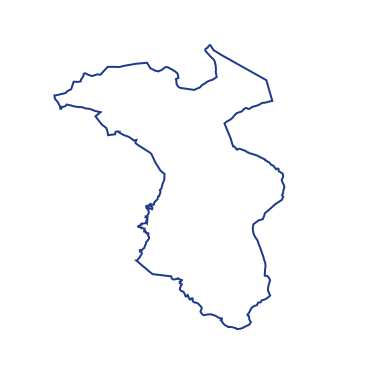 outline of Tudun Wada, Kano, Nigeria, rotated 253°
{"feature_id": "59680162B84327981884458", "entity_name": "Tudun Wada", "entity_type": "district", "adm_level": 2, "iso_a3": "NGA", "parent_name": "Nigeria", "parent_adm1": "Kano", "projection": "natural_earth1", "projection_center": [8.54, 11.305], "detail": "fine", "context": "isolated", "style": "outline", "palette": "blue", "viewbox_px": 384, "rotation_deg": 253, "n_neighbors": 0, "source": "geoboundaries", "source_scale": "gbopen_adm2", "svg_char_len": 5952}
<svg xmlns="http://www.w3.org/2000/svg" viewBox="0 0 384 384"><g transform="rotate(253 192 192)"><path d="M255.6,295.4L277.2,295.8L314.3,260.3L321.4,254.1L327.2,252.4L327.1,251.5L326.7,250.4L325.4,249.2L325.1,247.1L324.3,246.3L323.1,246.1L321.7,246.7L315.3,249.7L312.7,251.4L310.1,251.9L306.0,251.6L301.9,250.7L299.6,249.7L297.0,249.5L294.7,249.2L293.9,246.5L293.3,244.4L293.4,242.5L293.2,240.5L292.9,238.1L292.0,236.1L291.8,234.7L291.1,232.4L289.8,230.5L289.0,223.9L295.1,211.0L297.0,209.5L298.5,209.0L299.6,209.0L299.7,208.8L299.8,208.8L300.0,208.8L300.4,208.9L300.6,209.0L300.9,209.1L301.0,209.1L301.3,209.1L303.0,209.6L304.7,209.6L304.8,210.6L305.1,212.4L306.1,212.4L307.5,212.8L308.4,212.9L309.1,212.7L310.1,212.5L310.9,211.9L312.2,211.2L313.2,210.2L314.1,209.5L315.0,208.7L315.9,207.6L317.0,206.7L317.9,205.8L318.8,204.6L319.1,203.0L318.4,200.8L317.8,199.3L317.5,198.3L317.4,196.1L317.1,195.1L317.8,194.3L318.5,192.6L322.5,188.4L328.7,186.8L331.0,176.1L332.2,166.5L332.6,163.1L332.7,159.8L333.1,158.0L334.4,154.3L336.3,147.9L330.9,138.7L332.2,135.8L332.1,130.2L335.0,126.4L336.5,125.0L336.9,123.7L336.4,122.8L335.0,122.3L331.8,118.6L330.3,117.9L330.6,115.2L332.1,111.1L325.6,106.5L325.0,102.8L323.6,100.0L324.3,89.4L324.4,88.9L324.5,88.8L323.4,88.5L323.2,88.4L322.2,88.2L321.8,88.2L321.1,88.3L320.8,88.3L320.7,88.3L320.5,88.5L320.3,88.6L320.0,88.7L317.6,89.8L312.6,90.8L310.1,90.4L309.8,91.1L310.1,91.6L310.9,92.3L311.5,92.7L311.2,93.3L311.1,94.2L311.1,95.6L311.6,96.9L312.3,97.8L311.8,98.6L310.8,100.2L310.2,101.6L309.3,102.7L307.8,105.4L306.3,108.6L305.4,111.6L303.3,114.2L302.2,116.7L301.6,118.0L299.8,120.7L297.8,123.0L295.1,127.9L292.6,121.8L283.0,125.4L278.3,128.7L274.9,128.9L270.8,128.4L270.8,128.9L269.7,135.3L271.7,136.3L271.8,137.3L271.9,137.9L271.4,139.1L270.9,140.0L270.8,140.3L270.1,139.8L266.3,143.5L263.6,147.2L261.3,149.3L258.3,151.4L258.3,152.1L258.1,152.6L258.0,153.9L257.8,153.7L257.6,153.6L257.4,153.5L257.1,153.2L256.8,152.9L256.6,152.6L255.7,152.4L255.2,152.3L252.3,154.4L242.3,163.0L240.2,164.3L230.9,165.6L221.7,168.1L217.3,171.0L211.9,169.1L207.7,165.8L203.9,163.5L203.3,161.8L201.4,162.0L199.9,160.9L197.6,159.3L197.7,158.3L195.2,156.9L194.3,155.3L193.7,154.0L193.0,152.8L191.3,152.1L191.0,151.3L191.5,150.6L192.0,149.6L191.9,148.6L192.6,148.7L192.3,147.4L190.9,148.2L189.3,149.5L187.9,149.3L187.2,148.9L188.8,146.5L189.4,145.9L190.2,146.1L191.1,145.8L192.0,144.7L191.8,144.0L191.1,143.9L190.0,143.8L189.2,144.9L188.3,144.4L187.5,145.0L184.5,144.6L183.3,143.1L182.4,142.5L182.1,141.9L182.3,140.5L181.6,140.2L181.3,141.5L180.9,142.1L180.3,141.7L180.0,141.1L179.4,141.4L178.8,141.4L178.4,140.6L178.1,140.1L177.5,139.8L177.1,140.6L176.5,140.5L176.3,139.8L175.1,139.6L175.8,139.0L176.0,138.0L175.9,136.9L176.2,136.0L176.1,135.3L176.5,134.7L176.4,134.1L175.5,133.9L175.3,132.9L175.3,131.6L175.0,130.5L174.2,130.5L173.8,131.6L172.9,132.6L172.2,133.0L172.6,133.8L171.3,134.7L170.8,136.0L169.9,135.8L169.3,135.6L169.0,134.9L168.7,134.8L168.3,134.7L168.1,135.7L167.6,135.6L167.2,136.3L166.4,136.1L165.7,136.5L165.8,137.1L165.3,138.2L164.9,138.2L163.8,137.6L163.2,137.2L162.3,137.6L160.9,137.7L159.7,136.9L158.9,135.7L158.2,135.0L157.9,134.1L156.9,133.2L155.9,132.8L155.1,131.9L154.4,131.3L153.6,130.8L152.4,129.9L151.8,128.2L150.8,126.6L151.5,126.0L151.6,125.4L150.8,125.5L150.8,124.8L150.2,124.8L150.0,125.7L149.3,126.0L148.8,126.3L147.9,126.0L147.0,125.3L145.9,124.0L144.7,122.7L144.1,121.6L143.4,120.7L142.9,120.2L142.7,119.4L142.8,118.7L128.9,127.6L125.0,130.3L117.4,147.5L115.5,147.3L114.1,148.1L113.6,149.2L113.3,152.5L113.6,153.5L112.7,153.8L112.0,154.8L110.7,156.6L110.0,155.9L109.7,153.9L108.4,153.7L106.7,155.3L106.1,154.6L105.2,153.7L104.3,153.0L103.7,152.5L102.8,152.0L101.7,152.1L100.7,152.6L100.1,153.4L99.3,154.4L98.3,154.9L96.5,155.2L94.6,155.3L93.9,155.5L93.9,156.4L94.5,157.0L94.8,157.8L94.4,157.9L93.8,157.9L93.1,158.0L91.9,157.8L91.0,158.1L90.6,158.7L89.9,158.7L90.0,159.2L90.3,160.1L90.1,161.4L89.1,161.4L88.5,160.8L87.5,160.8L86.5,161.3L85.4,162.4L84.9,163.8L83.8,165.0L82.5,165.7L81.0,166.5L78.8,167.5L77.5,167.1L76.4,166.2L75.3,165.2L74.2,165.2L73.3,165.6L72.1,166.1L71.2,166.7L70.7,167.6L70.3,171.3L69.4,174.6L67.0,178.0L64.2,180.6L62.7,182.5L62.4,183.6L61.7,183.4L61.0,182.0L59.6,182.9L57.8,183.2L56.0,184.0L54.7,184.8L53.6,186.2L52.3,187.1L51.8,189.0L51.0,190.8L49.9,192.7L49.1,194.0L47.9,194.6L47.5,196.4L47.1,198.0L47.2,200.6L48.0,205.0L48.4,208.1L50.3,210.2L51.5,210.0L53.2,209.5L55.0,209.9L56.9,210.1L57.5,209.2L58.8,209.3L59.6,211.1L61.6,212.9L63.9,215.2L64.6,217.5L64.8,219.1L64.8,221.1L65.7,221.8L66.9,222.9L66.5,225.2L66.8,225.9L68.0,227.0L67.9,229.5L68.1,231.3L69.1,234.3L70.2,236.5L75.8,235.8L79.4,237.4L81.9,238.9L83.7,240.1L84.9,240.9L87.8,240.4L89.6,239.5L90.2,238.1L90.8,237.1L96.0,239.0L100.0,240.8L101.3,241.0L103.2,241.3L106.8,241.1L108.7,241.3L111.3,241.2L119.4,240.9L121.8,240.6L126.6,240.5L129.8,239.4L131.2,239.2L133.1,238.7L134.1,238.8L136.4,238.8L140.1,239.7L143.2,241.3L145.4,247.4L145.3,251.7L148.3,254.2L150.3,255.4L150.5,255.9L150.7,256.1L152.2,259.9L152.6,260.7L155.9,267.9L158.2,275.6L159.7,276.9L160.9,277.9L162.6,277.1L164.4,278.8L166.8,279.8L169.8,281.9L171.9,281.9L174.3,281.4L177.4,281.3L179.8,283.6L182.0,284.1L183.5,283.8L184.6,282.7L186.6,281.0L188.7,281.5L189.5,280.5L189.2,279.0L193.6,277.4L194.5,276.0L196.3,275.0L197.9,274.4L198.7,273.2L199.8,272.7L200.7,271.4L201.7,271.4L203.5,269.4L208.1,264.6L211.3,260.0L212.3,258.2L213.3,257.5L213.7,256.6L215.6,255.3L217.5,252.6L219.1,250.7L219.6,249.6L219.8,248.4L219.4,248.0L219.2,247.7L219.4,247.5L219.9,247.0L220.8,246.6L221.5,246.7L222.8,245.9L223.4,245.5L223.6,244.6L224.6,244.7L227.8,244.5L231.1,244.7L248.1,243.1L249.1,245.7L249.8,248.5L250.1,250.2L251.2,252.6L253.0,255.2L254.4,257.9L254.4,261.1L254.5,263.1L255.9,265.5L256.7,267.8L255.9,269.2L255.0,270.1L254.8,271.6L255.8,274.7L255.6,278.4L255.8,281.6L256.7,285.2L256.1,287.4L256.0,291.4L255.6,295.4Z" fill="none" stroke="#1e3a8a" stroke-width="2"/></g></svg>